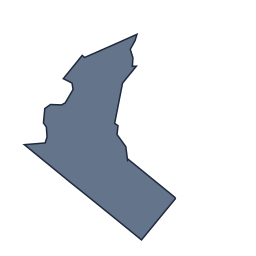 the district of Fannin, Georgia, United States of America, rotated 219°
{"feature_id": "52423323B87929683261125", "entity_name": "Fannin", "entity_type": "district", "adm_level": 2, "iso_a3": "USA", "parent_name": "United States of America", "parent_adm1": "Georgia", "projection": "equal_earth", "projection_center": [-84.277, 34.796], "detail": "fine", "context": "isolated", "style": "filled", "palette": "slate", "viewbox_px": 256, "rotation_deg": 219, "n_neighbors": 0, "source": "geoboundaries", "source_scale": "gbopen_adm2", "svg_char_len": 595}
<svg xmlns="http://www.w3.org/2000/svg" viewBox="0 0 256 256"><g transform="rotate(219 128 128)"><path d="M47.1,49.5L46.7,102.9L47.9,103.6L108.1,103.8L108.1,102.7L117.9,112.1L132.4,116.0L137.2,123.5L141.3,123.2L160.5,159.5L160.4,181.3L163.4,178.7L168.4,185.7L175.8,190.6L177.5,200.3L180.0,206.5L189.4,188.0L206.1,155.5L209.3,155.6L209.3,125.6L199.8,127.7L194.9,123.3L192.6,108.0L194.2,104.1L203.0,97.5L204.9,90.8L196.9,78.7L192.1,77.4L185.2,70.0L183.0,64.2L198.1,49.8L139.1,49.5L117.0,49.6L116.7,49.6L81.6,49.6L81.4,49.6L47.1,49.5Z" fill="#64748b" stroke="#1e293b" stroke-width="1.5"/></g></svg>